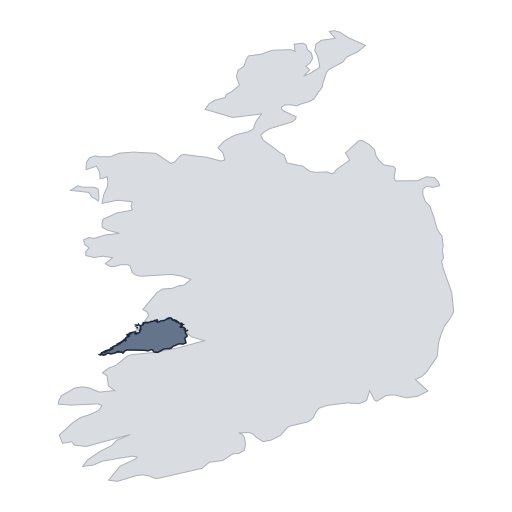 Kilrush Lea-5, Clare, Ireland shown in context
{"feature_id": "5873133B68451217430396", "entity_name": "Kilrush Lea-5", "entity_type": "district", "adm_level": 2, "iso_a3": "IRL", "parent_name": "Ireland", "parent_adm1": "Clare", "projection": "natural_earth1", "projection_center": [-9.571, 52.715], "detail": "fine", "context": "in_parent", "style": "filled", "palette": "slate", "viewbox_px": 512, "rotation_deg": 0, "n_neighbors": 0, "source": "geoboundaries", "source_scale": "gbopen_adm2", "svg_char_len": 9253}
<svg xmlns="http://www.w3.org/2000/svg" viewBox="0 0 512 512"><path d="M342.8,62.1L328.8,69.5L326.6,72.3L322.8,83.5L322.3,86.8L313.6,99.3L308.6,101.8L301.2,103.9L296.9,105.9L291.6,104.9L284.8,105.0L281.4,107.3L281.6,109.0L283.7,111.0L296.2,116.8L295.5,119.2L292.0,121.9L269.7,128.7L263.0,132.7L260.7,135.4L263.1,140.0L281.1,153.5L284.2,155.0L286.9,162.9L302.8,166.2L309.3,171.1L314.9,172.3L327.0,171.9L331.9,173.7L334.7,172.3L336.2,169.7L349.7,160.1L345.4,152.9L358.9,140.7L362.7,140.8L369.2,144.6L374.5,149.8L376.3,156.7L381.4,163.0L384.7,165.2L393.4,166.4L395.5,168.9L394.1,177.9L395.4,180.9L417.6,180.7L426.4,176.8L434.1,177.5L438.0,181.5L439.8,185.7L433.2,187.3L426.2,186.4L422.9,189.2L422.8,194.5L425.2,201.3L429.9,206.2L433.8,217.1L437.1,229.2L442.0,236.5L443.2,245.6L442.5,250.1L443.5,258.1L441.6,261.0L443.2,268.5L451.8,292.9L453.7,311.9L449.8,319.0L444.6,325.8L441.2,333.9L438.6,342.5L437.2,356.5L425.9,372.9L421.0,377.0L415.3,379.5L428.0,391.0L417.8,396.2L406.6,397.8L394.2,394.9L386.5,395.3L376.8,401.2L374.5,400.1L369.7,390.7L366.5,400.5L359.4,403.6L347.1,402.9L326.7,405.5L318.9,408.3L315.6,412.6L313.3,417.6L310.1,420.6L306.5,422.2L290.7,425.9L287.6,427.3L280.4,435.5L270.8,440.2L262.9,441.6L255.8,436.8L252.9,434.0L249.6,432.6L238.7,432.8L242.2,434.2L244.4,437.6L245.5,444.0L244.3,450.2L239.0,453.4L232.6,454.0L222.6,460.5L209.2,462.3L202.0,468.3L157.9,478.4L155.4,478.5L149.3,476.0L142.7,474.8L136.2,475.6L117.7,481.3L108.7,480.2L120.1,466.1L135.5,459.0L137.1,457.0L132.1,456.1L102.9,461.0L92.8,465.2L82.7,466.4L87.4,460.0L100.4,451.2L111.7,445.5L116.6,440.3L130.3,434.5L86.1,446.5L74.4,445.1L71.7,441.7L62.6,443.3L59.2,435.1L72.7,422.8L80.5,417.5L89.8,414.6L98.7,410.5L102.0,405.5L97.8,403.9L71.1,405.1L58.3,404.1L59.0,400.1L61.4,395.7L74.7,388.1L81.9,386.9L88.2,387.6L99.5,392.1L114.6,390.6L108.3,385.8L107.2,376.0L102.4,372.8L108.6,368.2L115.6,365.5L127.3,356.1L131.5,354.7L154.6,352.4L179.6,347.5L204.3,340.7L191.6,336.9L185.5,331.8L175.8,342.0L168.7,345.9L148.9,347.9L142.6,346.8L133.8,343.6L131.0,344.8L128.5,347.3L115.3,352.2L101.5,353.4L117.6,344.3L137.9,328.9L142.5,324.0L148.9,315.5L146.9,311.7L142.7,309.6L157.4,292.1L162.6,289.0L172.0,288.4L179.0,285.7L182.0,285.7L184.7,284.6L190.8,279.4L181.4,276.1L171.8,274.4L141.9,276.2L138.0,275.8L134.3,274.2L131.9,271.9L130.1,266.0L127.9,264.7L121.2,264.7L114.5,266.5L109.9,266.3L105.3,263.7L112.6,257.7L103.3,256.2L93.8,257.4L85.9,255.6L85.7,251.8L89.2,248.0L84.6,244.4L83.6,239.9L88.6,237.6L94.1,238.4L105.2,235.0L119.4,233.4L107.2,230.1L102.3,227.3L102.1,222.9L103.1,219.2L117.2,212.9L132.2,210.2L131.1,206.1L132.2,201.6L117.0,200.3L102.0,203.4L103.6,194.9L107.2,187.2L107.9,182.1L107.2,176.7L100.2,179.0L99.4,171.4L96.4,166.1L86.0,169.7L86.3,162.8L89.3,158.0L94.7,155.9L100.1,156.8L110.1,156.7L119.7,153.1L133.6,152.1L155.8,153.3L171.0,163.5L175.0,161.7L181.0,155.2L183.9,154.5L206.8,157.3L221.1,161.1L224.9,159.9L222.8,152.7L217.9,147.7L224.0,141.2L231.5,136.8L236.5,134.6L248.0,131.8L253.0,129.3L256.3,120.9L261.6,113.9L232.7,117.5L205.1,109.3L209.4,103.4L215.2,100.1L225.2,97.6L226.2,94.5L231.2,92.0L239.5,85.3L236.4,76.7L238.0,70.3L244.0,66.2L245.9,60.2L248.5,55.9L260.7,54.3L272.4,50.2L290.5,49.7L295.2,51.3L294.1,44.2L302.6,43.2L305.9,44.7L307.5,49.8L311.4,53.0L312.6,58.6L310.1,63.0L305.8,66.3L309.8,69.8L303.7,76.0L310.3,73.3L319.7,67.3L319.1,62.3L317.5,56.0L314.8,50.4L315.9,44.2L321.2,40.3L335.1,38.4L329.3,31.4L334.4,30.7L339.9,32.2L348.2,37.7L365.5,45.4L357.2,52.2L346.8,56.9L342.8,62.1ZM98.9,197.7L98.5,201.0L91.9,196.9L88.7,192.4L70.4,190.3L78.0,185.8L81.7,187.1L94.6,187.3L98.2,189.2L98.9,197.7Z" fill="#d9dde1" stroke="#a8b0b8" stroke-width="1"/><path d="M152.3,349.8L154.0,351.9L154.9,352.2L157.9,352.3L160.2,351.2L163.9,349.0L167.1,348.7L169.7,348.6L171.1,348.2L173.4,346.0L175.3,345.5L178.0,344.1L179.9,343.8L183.0,344.1L186.0,342.8L185.0,339.2L185.0,338.2L185.3,337.5L186.8,336.6L187.1,336.1L187.1,335.6L186.8,334.7L185.4,333.2L185.2,332.4L185.4,331.7L186.1,331.1L186.6,330.7L188.2,330.3L186.6,330.5L185.8,330.9L185.2,330.8L185.4,330.8L185.5,330.5L184.3,329.7L185.3,329.0L185.2,328.7L184.7,328.7L184.8,328.4L184.1,327.8L184.1,327.6L183.8,327.4L182.6,327.3L182.2,326.9L181.4,327.3L181.3,327.1L180.3,327.2L180.2,327.0L180.6,326.9L180.8,326.9L181.2,326.4L181.5,326.2L181.6,326.3L181.9,325.9L181.4,325.9L181.1,325.7L181.4,325.2L181.7,324.9L182.9,324.5L181.8,324.1L181.8,323.8L181.7,323.6L181.9,323.4L181.6,323.2L180.9,323.2L180.8,323.3L180.9,323.6L180.6,324.0L179.9,323.6L179.8,323.4L179.2,323.3L178.9,322.7L178.4,322.0L178.1,321.9L177.8,322.1L177.3,322.1L177.3,321.8L177.0,321.8L177.0,321.6L176.4,321.8L176.2,321.7L176.6,321.3L176.7,321.1L176.1,321.0L176.1,320.5L175.5,320.3L174.5,320.6L174.4,320.3L174.7,320.0L174.4,319.9L173.6,319.9L173.0,320.2L172.7,320.2L172.4,319.3L172.0,319.3L171.6,318.9L171.8,318.7L171.7,318.6L171.2,318.2L170.9,317.8L169.9,318.0L169.3,317.8L168.8,317.9L168.6,318.1L168.6,318.6L168.1,318.7L167.9,318.7L167.8,318.4L167.1,318.6L166.5,319.2L165.6,319.6L165.0,320.2L164.0,320.5L163.7,320.8L162.7,320.5L161.6,320.8L160.8,320.9L159.8,321.4L159.7,321.7L158.6,321.9L158.1,321.8L157.4,322.2L156.5,321.5L156.6,321.4L156.8,321.1L156.6,320.9L156.7,320.7L157.4,320.2L157.0,320.0L156.9,319.8L155.3,320.6L155.0,320.3L154.2,320.6L154.1,320.9L152.5,321.5L151.5,321.4L150.5,321.6L149.7,322.2L148.4,322.5L147.9,322.9L147.0,322.9L146.8,322.7L146.9,322.4L146.4,322.3L145.4,322.4L145.2,322.9L144.5,322.9L143.4,322.7L143.4,322.9L143.2,323.0L143.2,323.4L143.6,323.5L143.5,323.8L143.1,323.9L143.4,324.2L143.2,324.7L141.7,325.5L140.7,325.8L140.3,325.7L140.2,325.6L140.3,325.6L139.9,325.6L140.3,326.2L140.4,326.9L140.6,327.4L140.6,327.7L140.0,327.9L140.3,327.8L140.5,328.2L140.4,328.4L140.7,328.5L140.9,328.8L140.9,329.4L140.9,329.6L140.4,329.8L138.8,330.2L139.4,330.3L139.2,330.5L139.5,330.4L139.5,330.5L139.9,330.7L139.9,331.6L139.4,332.5L138.3,333.0L137.9,332.9L137.3,333.0L136.8,332.9L136.5,333.0L137.0,333.5L137.0,333.8L136.8,334.0L136.2,334.1L135.7,334.0L136.0,333.6L135.6,333.4L135.7,333.1L135.5,332.9L134.9,332.9L134.7,332.7L134.9,332.2L134.5,332.4L134.2,332.3L134.2,332.2L133.6,332.3L133.0,332.2L132.0,332.5L131.9,332.6L130.9,332.8L131.0,333.1L129.6,333.1L129.5,333.3L129.4,333.4L129.6,333.5L129.5,334.0L129.4,334.2L129.5,334.2L129.4,334.3L129.5,334.4L128.9,334.4L128.3,334.5L128.3,334.4L127.6,334.5L128.2,334.9L128.3,335.2L128.1,335.3L127.8,335.3L127.4,334.9L127.1,334.9L127.1,335.1L127.6,335.4L127.6,335.6L128.5,335.8L128.2,336.1L128.8,336.5L127.8,336.9L127.2,336.8L126.0,337.6L125.6,337.7L126.0,337.7L125.6,338.1L125.5,338.4L125.1,338.6L125.6,338.5L125.2,338.9L125.3,339.0L124.8,339.2L125.0,339.3L125.5,339.2L125.5,340.1L126.0,340.3L125.8,340.6L125.4,340.8L125.2,340.7L125.2,340.4L124.2,340.3L123.6,340.6L123.3,340.5L123.2,340.7L123.5,340.9L122.9,341.1L123.0,341.1L122.6,341.2L122.5,341.5L122.1,341.3L121.5,341.6L121.8,342.0L121.4,342.2L121.2,342.2L121.5,342.3L121.4,342.5L120.7,342.7L120.8,342.8L120.5,343.1L120.4,343.0L119.6,343.2L119.6,343.3L119.4,343.1L119.3,343.3L119.3,343.1L119.0,343.2L119.2,343.5L119.0,343.9L117.7,344.6L117.6,344.8L118.0,344.9L117.6,344.8L117.3,344.9L117.4,345.1L117.0,345.2L117.0,345.3L116.4,345.3L115.8,345.5L115.0,346.0L114.5,346.0L114.0,346.3L113.9,346.6L114.0,346.3L113.7,346.3L113.5,346.8L113.5,346.7L113.3,346.7L113.2,346.9L112.7,347.0L112.3,347.3L112.5,347.3L112.4,347.4L112.7,347.4L112.7,347.6L112.1,347.7L112.3,347.8L112.1,347.8L111.8,347.8L111.5,348.1L111.5,348.3L111.5,348.5L111.8,348.6L111.4,348.7L111.8,348.8L111.4,348.9L111.5,349.0L111.2,349.1L111.6,349.2L111.4,349.3L111.5,349.3L111.4,349.4L110.8,349.5L110.7,349.7L110.4,349.9L109.7,349.9L109.5,350.2L109.4,349.9L108.8,350.0L109.0,350.1L109.0,350.3L108.8,350.4L108.6,350.3L108.6,350.2L107.2,350.4L107.2,350.6L106.9,350.5L106.7,351.0L106.6,350.9L106.4,350.8L106.6,350.6L106.4,350.7L106.4,350.8L106.1,350.7L106.0,350.9L106.0,351.0L105.8,351.0L105.9,350.9L105.7,350.8L105.3,350.8L105.1,350.9L105.3,350.9L104.9,351.1L105.1,351.1L104.9,351.2L105.7,351.3L105.7,351.5L104.7,351.8L105.0,352.0L104.6,352.3L103.3,352.1L102.8,352.5L101.8,352.7L101.9,352.9L101.6,353.1L101.5,353.4L101.6,353.5L101.0,353.8L101.1,354.0L99.5,354.6L100.4,355.0L100.9,354.8L102.2,354.8L102.8,355.0L103.1,354.8L103.9,354.8L104.0,355.0L103.6,355.1L103.8,355.2L104.4,354.8L104.9,354.8L105.0,354.7L105.1,354.8L105.4,354.5L105.9,354.4L106.5,353.9L106.6,353.6L106.4,353.5L106.5,353.4L107.9,353.2L108.7,353.2L109.1,353.4L109.7,353.4L109.8,353.5L110.2,353.6L110.3,353.9L110.5,353.8L111.5,353.9L113.4,353.3L113.7,353.3L114.7,353.1L116.1,352.5L117.3,352.2L117.0,352.0L117.1,351.6L117.8,351.4L118.3,351.5L118.6,351.9L118.7,351.7L118.8,351.7L118.7,351.7L118.8,351.6L119.2,351.6L119.5,351.8L119.5,352.0L120.1,352.3L121.1,352.1L121.5,351.8L123.0,353.1L125.0,350.8L127.0,350.0L136.1,350.1L145.0,350.3L147.7,350.9L148.7,350.6L150.9,349.7L151.6,349.6L152.3,349.8ZM137.7,325.4L138.0,325.5L138.4,325.0L138.8,324.9L138.3,324.7L138.1,324.9L138.3,325.0L137.9,325.2L136.0,325.0L136.3,325.3L136.5,325.7L136.4,325.8L137.0,325.7L137.7,325.4ZM118.0,344.0L118.3,343.9L118.4,343.7L117.8,343.9L118.0,344.0ZM137.2,327.7L136.9,327.7L136.8,327.8L137.1,327.9L137.2,327.7ZM138.5,323.8L138.2,323.9L138.8,323.9L138.5,323.8ZM129.1,333.3L129.5,333.3L129.5,333.2L129.1,333.3Z" fill="#64748b" stroke="#1e293b" stroke-width="1.5"/></svg>